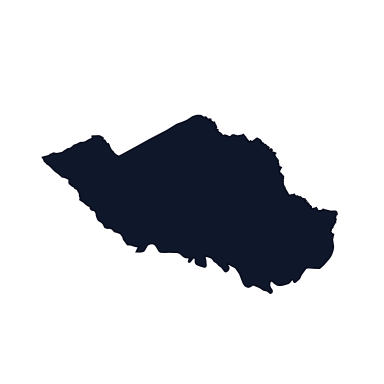 Rong Kham, Kalasin, Thailand, rotated 290°
{"feature_id": "78962969B70209465678714", "entity_name": "Rong Kham", "entity_type": "district", "adm_level": 2, "iso_a3": "THA", "parent_name": "Thailand", "parent_adm1": "Kalasin", "projection": "albers", "projection_center": [103.731, 16.292], "detail": "fine", "context": "isolated", "style": "filled", "palette": "ink", "viewbox_px": 384, "rotation_deg": 290, "n_neighbors": 0, "source": "geoboundaries", "source_scale": "gbopen_adm2", "svg_char_len": 6073}
<svg xmlns="http://www.w3.org/2000/svg" viewBox="0 0 384 384"><g transform="rotate(290 192 192)"><path d="M168.7,340.5L176.6,343.5L178.9,344.1L181.2,344.4L185.6,344.3L188.9,343.6L195.5,340.1L200.6,339.5L200.7,337.6L201.5,336.7L201.6,335.9L201.9,335.7L204.0,335.9L204.3,335.7L204.6,335.1L205.0,335.1L205.4,335.2L205.6,335.7L207.0,336.5L207.4,336.4L207.8,335.7L208.1,335.6L209.0,336.4L211.8,336.7L212.4,337.3L212.7,337.1L213.3,336.4L214.1,336.8L215.8,336.6L215.8,335.5L216.1,335.3L217.7,335.5L218.4,335.3L219.9,335.2L220.2,335.4L220.4,335.9L220.6,335.9L222.5,334.9L223.0,333.5L221.2,328.8L220.7,323.8L220.4,322.4L220.6,322.1L220.6,321.1L218.4,319.8L218.3,318.7L217.4,317.2L217.5,316.1L218.6,315.8L219.2,314.7L219.8,314.2L218.7,313.0L218.0,311.8L216.7,311.4L217.3,310.5L217.1,309.9L217.3,309.5L217.7,309.6L218.2,309.2L218.7,309.3L219.0,309.1L219.1,308.4L219.5,308.0L219.1,306.9L219.5,306.7L219.9,306.0L220.4,306.2L220.9,305.5L220.0,305.4L220.7,304.7L220.8,303.9L221.6,303.7L221.2,303.3L221.6,302.0L221.4,301.4L222.1,301.1L222.5,302.3L222.8,302.3L223.2,301.5L223.3,301.1L224.0,300.5L223.9,299.3L223.5,298.1L223.7,297.5L223.6,296.9L224.1,296.5L224.5,295.7L224.0,294.9L224.1,293.9L224.0,292.9L224.3,292.2L223.6,291.5L223.4,291.0L223.9,290.2L224.0,289.3L224.8,289.1L224.9,288.8L223.7,288.1L223.5,286.7L222.5,285.6L222.2,284.3L222.9,283.0L224.2,281.7L226.0,279.3L226.9,278.3L228.1,277.7L228.6,276.4L229.6,275.9L230.3,275.1L231.2,274.8L231.6,274.3L233.7,273.9L234.3,273.3L236.3,273.2L237.1,272.7L237.9,272.6L238.1,271.8L238.6,271.5L238.6,270.9L238.9,270.5L239.1,270.0L239.6,269.7L239.8,269.3L239.6,268.2L242.2,266.7L243.3,267.2L244.5,266.8L245.2,267.6L245.5,267.6L245.8,265.4L246.3,264.4L248.0,263.8L249.4,262.6L251.1,262.2L253.2,258.9L254.6,257.3L254.9,256.6L255.6,256.7L256.6,257.4L257.1,257.3L257.1,255.1L256.8,253.9L257.0,253.1L257.5,252.8L258.8,253.0L259.5,252.0L259.5,251.6L259.3,251.3L258.2,251.4L257.9,250.9L257.9,250.6L258.6,248.8L259.2,249.2L259.8,249.3L260.4,248.4L260.7,246.3L261.6,245.0L261.3,243.3L261.9,242.7L262.3,241.8L262.2,241.2L261.6,240.2L262.0,239.9L262.6,240.2L262.9,240.1L264.2,238.3L264.8,234.9L264.7,234.6L264.0,234.3L263.6,233.8L262.6,233.5L261.7,232.6L260.7,232.3L259.5,230.3L260.0,229.7L260.0,229.4L259.2,229.3L258.6,228.8L258.7,227.8L259.4,227.3L259.4,226.7L260.3,226.0L260.4,224.6L261.2,224.3L261.8,223.8L262.2,222.8L263.6,220.5L262.2,219.3L261.0,217.0L259.9,215.4L260.2,214.6L259.8,214.2L260.0,212.4L259.7,211.0L258.8,210.1L257.9,209.8L256.7,208.8L256.5,207.1L256.8,206.4L256.8,204.2L256.5,203.2L255.8,202.8L255.5,201.2L256.5,199.9L256.6,199.3L256.9,199.0L257.2,197.6L257.1,196.9L257.3,196.3L258.6,195.0L259.3,195.0L259.4,194.6L259.1,193.7L259.4,192.8L260.2,192.7L261.0,193.0L262.0,192.0L262.8,191.7L263.2,190.5L263.8,190.4L264.5,189.7L265.2,189.2L264.7,188.1L264.7,187.7L264.2,187.4L264.2,186.9L265.0,186.8L265.4,184.6L265.7,184.7L265.9,185.1L266.4,184.9L265.8,184.4L265.8,183.9L266.6,184.1L266.5,183.3L265.4,183.1L265.0,182.3L265.9,181.8L266.1,180.6L266.8,180.3L267.2,179.4L267.1,179.2L266.6,179.2L266.4,177.6L265.9,177.1L266.7,175.3L266.5,174.7L266.8,174.2L265.9,171.3L265.0,169.6L262.8,166.9L257.6,163.0L254.9,160.2L250.4,154.8L241.2,147.5L226.3,133.9L216.7,125.6L200.4,111.2L200.7,108.1L201.6,105.5L202.6,104.4L203.5,102.3L204.3,101.1L206.2,99.1L207.9,97.8L208.7,96.8L208.7,96.6L207.6,95.9L210.1,93.2L210.8,92.1L210.0,91.3L210.2,90.5L212.2,90.0L212.5,89.7L213.0,86.1L212.9,85.4L210.4,79.1L210.0,79.2L208.6,80.1L208.3,80.1L205.5,77.1L202.5,74.7L201.4,73.1L200.2,70.2L196.9,67.1L195.8,65.5L194.7,64.7L193.6,64.4L190.7,62.2L190.3,61.6L190.4,61.0L189.7,60.2L189.2,59.8L188.7,59.7L187.2,58.3L184.6,56.6L181.7,51.8L181.1,48.3L180.5,48.2L178.8,46.0L177.6,45.4L177.0,44.9L173.4,39.6L171.8,41.8L170.8,42.4L170.4,42.9L169.5,45.1L168.8,46.3L168.6,47.8L167.9,49.8L165.2,55.3L164.4,57.6L163.9,59.8L162.1,64.2L161.8,65.2L162.1,66.0L162.3,67.7L161.9,72.6L160.8,72.6L158.6,73.4L157.9,74.0L157.4,75.6L156.9,76.7L156.4,79.5L155.4,81.0L155.4,82.9L154.3,84.5L153.5,85.0L152.8,86.4L149.7,87.9L148.6,88.7L148.3,89.3L146.9,89.2L146.4,89.4L145.4,93.9L144.4,96.3L143.7,98.5L143.5,100.8L143.1,101.6L141.6,102.4L141.0,103.4L140.9,104.0L141.2,106.4L141.0,107.3L139.3,109.3L136.9,110.5L134.2,112.8L133.3,114.2L132.7,117.4L132.1,118.8L131.3,119.9L129.0,122.3L129.0,123.5L129.1,124.9L129.9,126.8L130.1,128.8L130.0,129.4L129.3,131.1L128.5,132.4L128.3,133.1L128.6,135.2L128.6,139.0L126.0,142.7L124.7,143.4L123.9,144.2L120.5,149.4L121.4,152.3L121.6,157.1L122.3,160.7L116.8,160.1L118.1,163.9L119.5,166.3L120.7,167.1L126.2,168.0L127.6,168.7L129.0,170.3L129.8,171.9L130.2,173.2L130.1,173.9L129.7,175.6L129.0,176.8L125.2,181.5L124.9,182.4L124.9,183.4L126.5,188.1L127.6,190.6L129.9,197.6L130.3,199.0L130.4,200.7L130.1,202.4L128.9,205.2L128.3,207.3L128.3,208.4L129.0,210.8L129.0,211.8L128.7,212.2L128.1,212.4L125.3,212.6L125.1,213.2L125.3,213.6L125.9,214.1L130.4,215.6L130.8,216.0L131.0,216.7L130.8,217.5L130.3,218.1L127.3,219.2L126.2,220.1L125.7,221.0L125.5,222.8L125.5,226.0L125.8,229.5L126.0,229.9L126.5,230.3L127.4,230.3L128.0,230.2L132.1,228.3L134.6,226.7L135.7,226.4L136.2,226.4L136.5,226.8L136.7,228.3L136.8,232.1L136.5,233.4L136.0,234.6L134.5,236.6L134.0,239.3L132.4,242.4L131.5,245.7L128.8,249.8L128.6,250.5L128.9,251.4L129.7,252.1L130.9,252.6L132.1,252.8L132.8,252.7L133.9,252.2L135.1,250.6L135.5,250.4L136.1,250.3L136.5,250.6L136.8,251.8L136.3,254.6L135.9,258.1L135.2,259.7L132.4,263.6L131.2,265.1L124.6,270.8L123.0,272.5L122.2,273.8L121.8,275.6L121.8,276.9L122.1,277.9L123.3,279.2L125.4,280.7L125.8,281.9L125.5,288.5L124.4,292.8L124.9,296.6L123.8,299.5L123.7,300.2L124.0,300.7L124.6,301.2L125.4,301.4L125.9,301.3L126.9,300.8L129.3,297.7L130.2,297.1L131.8,296.4L133.4,296.0L134.4,296.2L135.3,296.6L135.7,297.3L135.7,298.2L134.6,300.4L133.9,303.5L133.9,304.7L134.4,306.6L135.6,309.0L139.0,313.6L140.3,314.5L142.8,315.4L144.2,316.2L144.3,316.7L144.1,317.3L142.4,318.6L142.3,319.3L142.7,319.9L147.6,322.6L150.6,322.7L152.9,323.2L158.5,324.8L159.3,325.2L160.0,325.9L160.7,327.2L162.1,332.2L164.0,338.0L168.7,340.5Z" fill="#0f172a" stroke="#020617" stroke-width="1.5"/></g></svg>